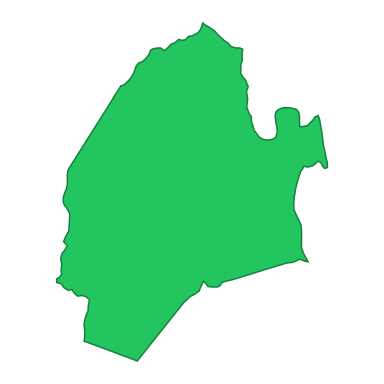 outline of Santa Filomena do Maranhão, Maranhão, Brazil
{"feature_id": "56859067B3232589496952", "entity_name": "Santa Filomena do Maranhão", "entity_type": "district", "adm_level": 2, "iso_a3": "BRA", "parent_name": "Brazil", "parent_adm1": "Maranhão", "projection": "equal_earth", "projection_center": [-44.593, -5.518], "detail": "fine", "context": "isolated", "style": "filled", "palette": "green", "viewbox_px": 384, "rotation_deg": 0, "n_neighbors": 0, "source": "geoboundaries", "source_scale": "gbopen_adm2", "svg_char_len": 2327}
<svg xmlns="http://www.w3.org/2000/svg" viewBox="0 0 384 384"><path d="M239.8,47.9L236.3,48.0L231.1,46.6L228.3,43.3L223.8,40.2L220.2,36.8L217.3,34.2L214.9,31.2L210.0,27.7L205.5,25.1L202.8,23.0L200.7,29.2L198.1,32.7L192.0,35.9L188.4,36.4L185.4,39.8L181.8,40.3L178.6,39.4L175.0,42.7L171.1,44.2L169.1,46.4L164.6,50.8L161.0,48.1L158.0,47.9L153.2,48.8L150.5,50.3L148.9,54.7L147.0,57.0L145.1,59.2L142.0,61.8L138.6,63.0L136.3,65.9L133.9,72.7L131.6,76.6L129.1,80.0L124.2,84.8L120.7,86.0L118.8,89.3L117.1,91.9L115.3,94.6L111.5,100.9L104.8,111.7L101.9,116.1L88.7,137.1L69.9,166.9L68.0,170.1L67.3,174.9L67.4,179.1L67.4,184.0L66.5,188.8L64.5,193.1L63.3,197.7L63.2,202.3L64.5,205.3L66.5,207.7L69.7,213.6L69.4,221.8L68.8,230.9L65.5,236.8L63.6,241.7L67.3,245.7L64.4,250.7L62.2,253.1L60.6,258.3L61.8,264.4L61.0,270.3L61.7,274.0L59.7,277.0L56.6,278.9L56.7,282.6L60.9,283.5L64.3,288.0L68.3,290.4L71.9,289.6L74.4,293.3L77.6,296.1L82.2,295.5L86.2,296.8L89.4,299.7L88.3,306.2L88.0,310.9L85.6,316.7L84.7,320.6L84.0,325.0L84.8,330.6L84.7,336.5L84.1,341.3L87.6,342.4L137.3,361.0L140.6,356.7L183.9,302.4L186.7,299.9L190.2,296.5L193.7,294.8L198.9,291.3L203.3,281.3L206.0,283.7L208.0,286.5L210.7,286.9L213.7,287.0L217.6,287.0L220.0,285.7L221.8,282.6L226.1,281.1L232.0,279.8L240.0,277.4L267.8,268.7L287.1,262.9L292.3,262.4L295.9,261.1L299.2,259.2L302.0,260.0L304.9,261.2L308.0,261.8L303.3,252.9L301.5,247.6L301.5,242.9L301.6,233.4L301.4,228.9L300.8,224.2L299.2,221.2L296.0,214.2L293.9,209.5L293.7,203.7L294.2,197.7L295.4,190.1L296.6,184.5L298.4,178.3L300.6,171.6L304.1,166.3L307.8,167.1L312.7,165.8L315.5,163.6L317.8,161.2L320.9,162.5L322.4,166.0L324.5,168.4L327.4,167.6L327.4,163.0L325.9,157.1L325.0,152.0L323.3,144.7L322.2,135.3L321.8,131.7L320.6,125.6L319.7,119.8L318.2,115.6L315.0,116.9L312.8,120.2L310.2,122.9L307.1,125.7L302.9,126.5L300.0,126.9L299.5,122.9L299.6,117.1L298.6,112.2L296.7,109.6L294.2,108.9L291.6,108.1L287.8,107.6L284.4,107.6L281.7,108.1L278.5,109.5L275.9,112.0L275.1,115.6L275.7,121.9L276.8,126.1L277.3,131.9L275.8,137.3L272.4,139.3L267.5,140.2L262.8,139.3L259.1,137.1L256.1,132.8L254.2,130.4L251.4,121.1L251.3,116.5L249.2,113.7L246.7,106.9L247.7,99.1L246.5,91.5L248.2,86.5L246.7,83.1L245.2,79.5L242.9,77.2L240.6,73.3L241.0,64.3L242.2,60.3L242.1,54.0L242.7,49.3L239.8,47.9Z" fill="#22c55e" stroke="#15803d" stroke-width="1.5"/></svg>